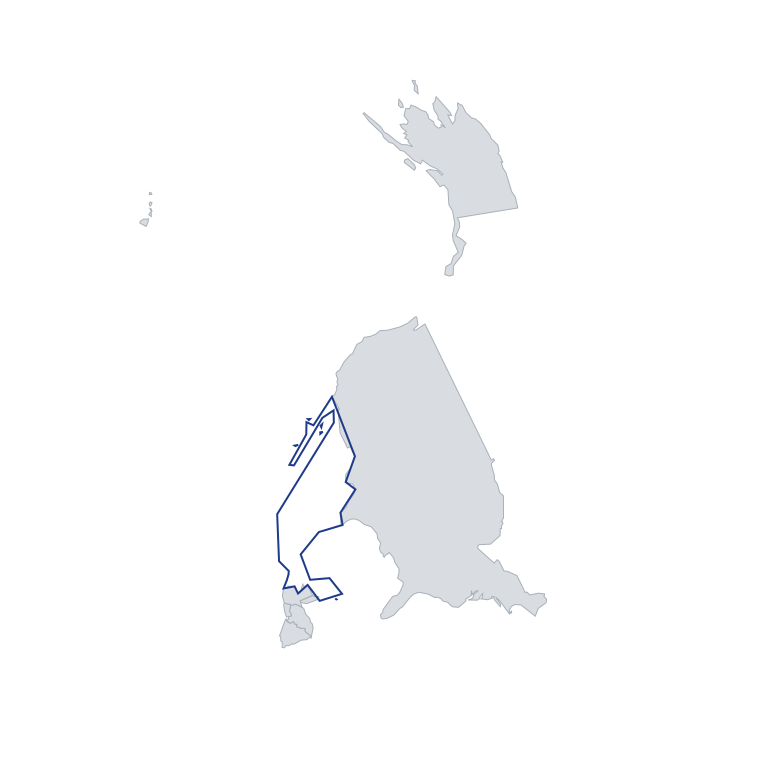 Mexico and the surrounding countries, rotated 64°
{"feature_id": "MEX", "entity_name": "Mexico", "entity_type": "country or territory", "adm_level": 0, "iso_a3": "MEX", "parent_name": "North America", "parent_adm1": "", "projection": "robinson", "projection_center": [-103.635, 23.63], "detail": "coarse", "context": "with_neighbors", "style": "outline", "palette": "blue", "viewbox_px": 768, "rotation_deg": 64, "n_neighbors": 6, "source": "natural_earth", "source_scale": "50m", "svg_char_len": 6215}
<svg xmlns="http://www.w3.org/2000/svg" viewBox="0 0 768 768"><g transform="rotate(64 384 384)"><path d="M348.0,320.9L499.4,320.9L499.3,318.2L501.1,318.2L502.3,322.0L504.0,323.1L513.6,324.7L519.0,326.8L523.4,325.9L532.1,327.6L536.9,325.7L557.0,335.4L557.8,337.2L559.1,337.9L558.9,338.6L561.4,338.1L563.1,340.8L565.5,341.7L564.9,342.9L571.1,346.1L574.6,358.5L570.1,369.0L570.7,370.7L572.8,371.8L593.3,363.5L591.5,359.3L593.9,358.2L604.7,358.1L606.2,355.4L614.5,348.5L633.3,348.5L633.6,346.8L637.5,345.4L639.8,336.8L643.1,331.6L645.2,333.4L648.7,332.2L651.6,334.2L653.3,343.7L659.0,349.9L642.5,357.8L639.4,363.5L639.9,367.2L642.4,370.9L644.8,371.1L643.8,368.5L645.7,370.1L645.6,372.1L629.3,375.0L624.8,377.1L633.1,375.7L635.0,377.1L627.2,379.2L623.6,379.2L623.6,378.3L622.1,380.3L623.9,380.6L623.2,385.6L619.6,391.1L619.0,389.3L615.6,387.1L617.2,390.9L618.8,392.2L619.2,394.9L614.9,403.2L615.6,398.2L612.4,395.5L611.1,389.6L610.3,392.6L612.0,397.1L608.0,396.0L612.3,398.3L613.2,405.0L614.9,405.5L617.4,415.0L614.1,420.3L608.2,422.4L604.6,426.5L601.7,427.0L598.9,429.6L598.2,432.0L592.0,436.6L586.4,444.1L585.8,449.2L587.2,454.1L592.5,465.2L592.7,468.2L596.0,476.5L595.9,484.0L594.6,488.3L592.9,489.2L589.8,488.4L588.7,485.2L586.3,483.6L578.7,469.3L579.7,464.6L577.8,460.7L572.8,454.8L570.4,453.7L564.5,456.9L560.3,453.3L556.5,451.5L549.7,452.4L544.4,451.6L537.4,453.2L538.5,455.1L538.5,458.0L539.9,459.4L538.7,460.3L536.5,459.3L534.3,460.6L529.9,460.4L525.3,456.6L520.1,457.5L515.6,455.9L506.9,458.0L501.5,463.3L495.6,466.3L492.3,469.7L491.0,472.9L491.0,477.8L492.5,483.6L490.1,483.8L481.1,480.1L477.9,471.8L474.3,467.7L469.2,458.7L464.9,455.9L460.0,456.0L456.2,461.6L451.2,459.5L448.1,457.4L444.6,449.8L435.9,441.9L425.5,441.9L425.5,444.8L408.8,444.9L386.5,436.4L387.1,435.1L372.7,436.4L371.8,432.8L368.2,428.7L365.4,427.8L364.9,425.8L361.6,425.4L359.5,423.5L354.1,422.8L352.6,421.7L352.1,417.8L346.9,410.7L342.7,400.9L343.0,399.2L336.5,391.0L336.2,385.2L333.4,381.4L335.2,375.6L335.6,369.6L334.3,364.2L337.1,357.6L339.7,344.9L339.7,335.6L337.3,326.5L338.1,325.2L345.8,327.5L348.1,334.0L349.6,332.2L348.0,320.9ZM284.4,186.6L266.8,245.1L271.6,245.3L276.0,247.1L282.3,254.3L288.0,250.6L293.5,248.5L295.4,251.9L302.3,257.6L308.3,269.8L316.3,274.0L315.6,278.2L312.2,281.4L305.6,276.8L305.2,271.0L299.7,265.7L298.2,259.5L285.4,258.9L279.9,257.0L271.1,250.1L258.5,246.5L251.4,247.1L237.5,241.4L231.5,242.8L231.1,247.2L221.9,249.0L210.8,252.6L211.3,248.8L215.8,242.5L221.8,240.5L221.0,238.9L213.4,242.4L208.5,246.7L199.6,251.4L202.2,254.6L195.8,259.3L183.5,264.1L181.1,267.0L171.8,270.4L169.0,273.5L161.9,276.3L158.5,275.8L141.5,282.2L131.8,284.1L131.4,283.0L151.3,274.2L158.0,273.4L161.6,270.7L170.3,266.8L176.6,263.1L179.3,258.1L183.4,254.2L176.8,256.2L175.6,255.1L171.9,257.5L169.9,254.1L167.6,256.5L167.0,253.2L160.9,255.8L157.8,255.8L159.0,251.9L160.9,249.5L158.6,247.1L151.6,248.4L146.0,243.8L147.7,240.2L145.2,237.5L148.8,233.9L154.5,230.3L157.7,227.0L161.9,226.6L164.7,227.6L170.0,224.5L173.3,225.1L177.8,223.1L178.2,220.2L176.0,219.0L180.6,216.6L172.0,218.0L169.9,219.4L166.8,218.0L159.7,218.8L153.4,217.2L152.7,214.7L148.6,211.2L168.6,205.6L172.4,205.6L170.2,208.7L180.3,208.4L178.3,204.7L173.8,202.4L169.0,196.7L163.7,194.8L167.9,191.6L176.1,191.4L183.2,188.6L185.8,185.7L191.9,182.9L206.6,179.7L210.4,180.1L218.9,177.0L225.0,178.3L226.9,180.8L229.4,179.7L236.8,180.1L235.9,181.4L242.2,182.4L247.1,181.8L267.3,184.9L273.6,184.0L284.4,186.6ZM125.1,223.0L127.4,224.2L130.8,223.5L138.2,226.1L133.1,228.1L128.9,225.6L124.4,225.9L123.5,225.4L125.1,223.0ZM134.7,524.7L138.1,528.7L132.4,532.9L130.9,531.9L130.4,527.3L131.9,525.4L132.0,523.3L134.7,524.7ZM131.5,519.8L128.8,521.2L127.2,518.7L127.9,518.0L131.5,519.8ZM127.1,516.9L126.8,517.6L123.5,517.4L124.1,516.6L127.1,516.9ZM119.6,513.1L121.7,515.9L121.3,516.3L118.7,515.9L117.9,514.0L119.6,513.1ZM111.7,509.5L110.9,511.9L109.0,510.6L110.3,509.4L111.7,509.5ZM140.0,244.6L143.7,245.2L143.0,247.7L139.5,248.7L134.6,245.7L140.0,244.6ZM200.5,260.5L203.7,260.9L205.2,263.0L193.7,268.6L191.6,266.9L191.9,263.8L200.5,260.5Z" fill="#d9dde1" stroke="#a8b0b8" stroke-width="1"/><path d="M577.4,589.4L576.0,591.0L571.1,588.4L569.7,589.4L565.5,587.5L564.6,588.4L552.2,575.5L552.9,574.4L554.0,575.4L556.3,574.7L558.0,573.0L557.8,569.5L560.6,569.4L561.9,567.5L563.7,568.9L567.6,565.2L569.0,562.1L572.0,563.3L577.9,560.5L580.0,560.7L579.2,563.0L579.9,565.5L577.9,570.8L578.4,579.0L577.4,579.7L577.4,584.6L576.1,586.4L577.4,589.4Z" fill="#d9dde1" stroke="#a8b0b8" stroke-width="1"/><path d="M580.0,560.7L577.9,560.5L572.0,563.3L569.0,562.1L567.6,565.2L563.7,568.9L561.9,567.5L560.6,569.4L557.8,569.5L558.0,573.0L554.4,574.9L553.3,572.7L551.4,572.1L551.8,569.3L550.9,568.5L547.0,568.8L541.6,564.7L542.9,562.9L542.8,560.2L550.4,554.5L556.6,555.3L562.2,553.5L565.6,554.4L568.5,553.6L572.3,554.7L580.0,560.7Z" fill="#d9dde1" stroke="#a8b0b8" stroke-width="1"/><path d="M541.6,564.7L547.0,568.8L549.7,568.0L551.8,569.3L550.7,573.8L544.9,573.0L538.9,571.1L537.1,569.6L540.5,566.0L540.2,565.2L541.6,564.7Z" fill="#d9dde1" stroke="#a8b0b8" stroke-width="1"/><path d="M523.8,563.9L524.6,560.2L523.7,558.9L526.6,553.1L534.5,553.1L534.7,550.7L528.3,544.7L531.1,544.7L531.0,540.7L542.5,540.8L542.2,554.4L548.5,555.5L542.8,560.2L542.9,562.9L541.6,564.7L540.2,565.2L540.5,566.0L537.1,569.6L530.0,568.3L523.8,563.9Z" fill="#d9dde1" stroke="#a8b0b8" stroke-width="1"/><path d="M542.2,554.4L543.1,539.4L544.3,540.2L546.4,535.9L548.8,536.9L547.5,549.8L544.1,554.4L542.2,554.4Z" fill="#d9dde1" stroke="#a8b0b8" stroke-width="1"/><path d="M372.7,436.4L436.2,441.8L455.3,461.4L466.2,455.9L480.5,479.5L492.5,483.0L488.5,507.4L500.6,533.6L527.6,536.2L534.6,518.1L554.2,513.7L550.7,536.9L531.1,540.7L534.6,553.1L526.7,553.1L523.7,563.9L517.9,557.5L513.2,553.2L510.3,551.6L497.2,556.0L454.2,537.1L396.7,446.0L385.6,440.9L387.4,454.2L417.7,500.6L415.2,504.5L395.3,476.0L384.3,470.4L390.2,465.5L372.7,436.4ZM400.1,460.0L400.9,463.1L399.5,462.5L400.1,460.0ZM395.4,459.3L393.7,459.3L393.1,457.4L395.4,459.3ZM556.7,521.3L555.4,521.8L556.7,521.1L556.7,521.3ZM400.9,490.9L400.2,491.3L401.1,487.8L400.9,490.9ZM383.5,467.3L382.2,467.8L383.0,465.9L383.5,467.3Z" fill="none" stroke="#1e3a8a" stroke-width="2"/></g></svg>